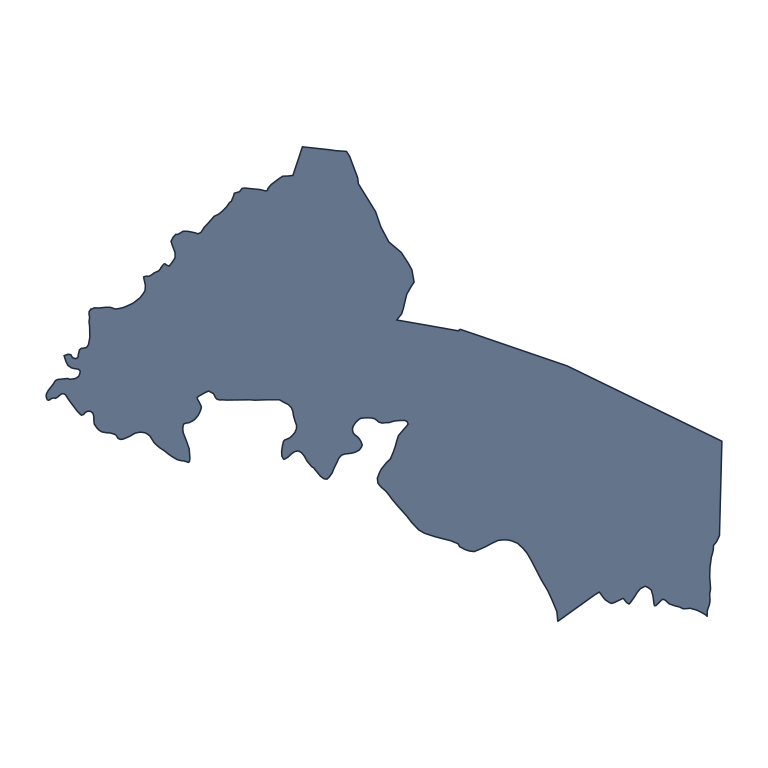 Belair, Anse-la-Raye, Saint Lucia
{"feature_id": "8701671B26789831471183", "entity_name": "Belair", "entity_type": "district", "adm_level": 2, "iso_a3": "LCA", "parent_name": "Saint Lucia", "parent_adm1": "Anse-la-Raye", "projection": "robinson", "projection_center": [-61.001, 13.953], "detail": "fine", "context": "isolated", "style": "filled", "palette": "slate", "viewbox_px": 768, "rotation_deg": 0, "n_neighbors": 0, "source": "geoboundaries", "source_scale": "gbopen_adm2", "svg_char_len": 5884}
<svg xmlns="http://www.w3.org/2000/svg" viewBox="0 0 768 768"><path d="M391.7,498.9L397.9,506.2L407.0,516.4L411.6,522.4L418.6,529.8L424.5,533.3L435.0,536.7L443.3,538.9L450.6,540.7L458.0,543.7L459.7,546.7L464.9,549.5L469.3,551.0L474.2,551.6L479.8,549.3L485.6,546.7L492.1,543.2L498.2,540.4L503.0,539.9L508.0,540.0L511.7,540.9L517.6,543.3L523.0,548.3L527.0,553.1L531.4,560.7L541.1,579.5L547.9,591.0L551.2,598.2L553.6,603.7L556.8,611.5L557.3,615.6L557.7,620.7L558.0,621.2L594.4,595.1L597.6,593.1L599.3,592.1L600.7,593.9L603.4,597.7L605.5,600.0L609.8,602.8L611.9,603.4L615.0,602.3L617.7,600.9L622.6,598.6L623.5,598.5L624.4,599.8L626.3,602.2L627.5,603.2L629.0,604.0L630.5,602.5L634.4,597.0L637.3,592.3L640.5,588.6L642.6,587.5L645.1,586.2L648.1,587.6L651.2,589.9L652.9,595.7L653.7,601.5L654.1,604.7L654.7,605.8L656.0,605.5L658.4,603.3L660.7,600.8L662.8,599.2L665.1,600.1L667.2,602.0L669.2,603.9L675.0,605.9L679.9,607.1L682.6,608.6L684.8,608.8L690.3,608.3L696.7,610.1L701.5,612.4L705.5,614.8L706.8,615.8L706.9,616.1L707.2,616.1L707.1,615.5L707.4,610.2L709.4,604.6L710.0,601.0L709.7,593.7L710.6,588.8L709.7,576.6L710.0,567.4L711.4,556.9L712.3,554.2L713.4,549.1L713.5,545.4L716.6,541.7L719.5,535.5L721.9,441.2L599.8,381.8L567.4,366.0L460.2,329.3L458.2,330.8L414.1,323.0L396.8,320.0L397.0,319.7L401.6,313.9L403.3,308.7L406.7,294.4L411.2,286.5L414.1,282.1L411.9,269.8L408.6,263.8L401.3,252.5L388.8,241.9L380.8,226.8L375.6,211.7L358.4,183.8L357.7,177.8L349.8,156.7L347.5,153.0L346.5,151.4L335.3,150.6L330.6,149.9L302.4,146.8L292.9,175.4L288.0,176.0L282.7,176.2L278.6,178.9L272.8,183.3L271.1,184.6L268.6,187.5L267.7,188.9L267.6,190.1L266.0,191.0L259.8,189.5L251.3,188.7L244.7,188.0L242.1,188.4L239.5,191.7L234.3,193.2L233.6,195.8L231.3,201.4L229.6,202.4L228.8,203.6L227.7,205.2L226.5,206.9L222.3,211.2L218.4,214.3L214.1,216.3L209.3,221.9L204.1,227.4L200.9,232.5L197.8,233.8L195.8,233.0L192.4,232.2L187.7,231.3L183.1,231.2L180.1,233.1L177.8,234.4L175.8,234.3L173.1,237.2L172.0,239.5L171.0,241.3L172.1,244.8L175.0,252.5L175.1,256.5L174.9,257.9L173.6,260.2L171.8,262.8L169.2,266.0L167.9,265.6L166.8,265.2L165.9,264.5L165.0,263.8L164.2,263.8L163.4,264.6L160.8,267.8L160.8,268.2L158.9,270.8L156.5,271.8L153.8,273.1L151.6,274.9L148.7,276.4L147.0,276.1L145.2,276.4L143.7,276.9L143.9,278.9L144.8,282.5L145.4,285.8L145.0,290.6L143.2,293.6L139.9,297.9L133.0,303.2L125.9,306.5L122.4,307.8L116.2,309.0L114.4,308.8L112.0,307.8L110.2,307.3L105.3,307.3L98.9,308.0L94.2,307.8L92.5,308.8L90.9,309.0L90.9,309.3L89.2,311.3L89.0,314.2L89.6,317.3L89.0,321.6L89.6,326.4L89.8,337.6L88.4,344.8L86.5,347.5L83.3,348.2L81.5,348.2L79.4,349.9L78.3,354.7L77.9,357.3L75.8,358.7L73.3,358.0L72.2,357.1L70.8,354.7L68.0,354.2L64.1,355.7L64.8,358.0L66.0,361.7L67.9,365.4L71.3,367.8L74.2,368.6L78.4,369.2L79.5,370.3L80.2,371.0L79.9,373.4L78.6,376.5L76.3,377.9L74.7,378.7L69.6,379.3L68.0,378.5L66.1,378.6L62.5,379.0L58.0,379.4L55.5,380.5L53.1,384.2L48.3,390.4L46.5,393.7L46.1,395.7L46.4,397.7L47.4,399.8L48.3,400.2L49.1,400.0L49.8,399.9L50.5,399.3L51.3,398.6L53.6,397.9L54.5,398.1L55.4,398.4L56.0,398.1L57.5,397.1L58.5,396.4L58.7,396.2L59.1,395.7L61.8,393.8L63.9,393.8L65.5,394.8L68.3,399.2L71.0,402.9L74.0,406.9L77.4,411.3L79.6,413.7L81.4,415.2L83.6,414.5L85.3,412.5L87.5,411.3L90.6,411.3L92.9,413.3L93.7,416.0L93.9,420.6L94.2,424.0L96.9,428.0L99.1,430.2L101.9,431.9L106.8,432.8L109.8,432.9L112.0,433.5L114.3,434.2L115.9,435.0L116.9,436.5L117.6,437.6L118.2,438.5L120.0,439.3L120.3,439.4L122.9,439.2L126.6,437.7L130.1,436.1L132.9,434.4L135.4,433.1L139.0,432.3L141.4,432.2L145.1,432.8L147.8,434.3L150.0,436.1L151.6,438.7L153.3,441.4L153.9,442.4L156.4,444.9L159.9,447.9L164.8,451.1L168.4,454.1L172.8,457.1L176.9,459.5L179.9,460.4L181.5,460.8L183.4,460.8L185.6,461.5L186.1,461.6L187.5,462.1L188.4,462.4L189.4,461.7L189.9,458.7L189.6,453.8L189.4,451.5L189.2,448.7L188.1,445.7L187.0,442.4L183.2,432.6L182.8,429.0L183.1,425.8L183.8,424.0L185.7,423.2L188.8,422.8L191.3,421.6L194.2,419.9L196.3,417.7L197.8,415.9L199.1,413.6L200.5,410.5L201.3,408.0L201.2,406.4L200.4,404.6L199.1,401.9L197.5,399.1L197.4,398.8L197.1,397.9L197.5,397.4L198.0,396.8L198.5,396.3L201.1,394.9L204.9,392.7L207.6,391.5L208.5,391.0L211.4,392.5L213.4,393.5L213.9,394.3L214.7,396.1L215.6,397.7L216.5,398.8L217.7,399.5L220.1,400.0L221.7,399.9L222.3,399.6L222.9,399.9L227.1,400.1L249.8,399.8L254.7,400.2L266.6,399.8L274.5,399.8L279.4,399.8L280.7,400.5L282.8,401.8L288.4,404.6L291.3,407.6L292.9,411.5L293.4,415.5L295.0,421.0L296.5,425.2L296.5,428.5L295.0,432.3L292.4,435.4L289.8,437.8L286.8,439.2L284.8,439.9L283.4,441.4L283.2,442.7L282.5,445.6L281.9,449.2L281.6,451.9L281.9,456.2L283.0,458.2L283.7,459.2L284.4,459.2L284.9,459.0L287.9,457.2L291.4,453.9L294.5,451.7L298.0,450.9L301.3,452.5L304.1,455.8L306.9,460.9L309.7,464.3L310.9,465.7L311.3,466.2L311.8,466.7L313.0,467.4L314.2,468.4L314.7,469.3L316.2,471.0L318.5,473.9L320.6,476.3L321.3,476.9L323.7,478.6L324.5,478.9L325.1,479.0L327.1,479.1L327.7,478.5L329.7,476.5L330.7,474.9L332.3,472.9L332.4,472.3L333.6,469.2L335.0,466.3L336.9,462.5L338.1,459.7L338.8,458.3L340.5,456.3L341.7,455.1L345.0,454.0L348.6,453.6L351.7,453.2L355.0,452.3L357.4,451.1L359.3,450.0L360.5,448.5L361.5,447.0L362.2,444.9L361.1,441.7L359.4,438.9L357.1,436.4L354.8,434.8L353.2,432.8L352.6,430.5L352.5,428.5L353.3,426.0L355.7,422.4L359.2,419.2L360.9,418.3L364.5,417.9L368.0,417.8L371.7,418.0L374.6,418.8L375.9,419.7L376.9,420.4L378.6,422.0L382.0,423.1L385.3,422.7L389.2,422.6L393.6,421.2L398.1,420.6L404.6,420.4L406.3,421.1L407.3,421.9L408.1,424.1L406.3,426.5L404.6,428.4L398.5,435.5L396.8,440.6L395.3,446.3L393.5,451.4L393.4,451.8L390.4,458.9L386.3,462.8L381.2,469.2L379.4,472.8L377.3,478.3L377.4,478.9L377.8,482.3L378.0,483.4L378.6,484.1L380.0,485.8L381.1,487.1L381.5,487.4L382.6,488.4L382.9,488.6L384.4,489.9L385.7,491.0L386.6,492.1L387.5,493.2L388.6,494.5L390.5,497.1L391.5,498.5L391.7,498.9Z" fill="#64748b" stroke="#1e293b" stroke-width="1.5"/></svg>